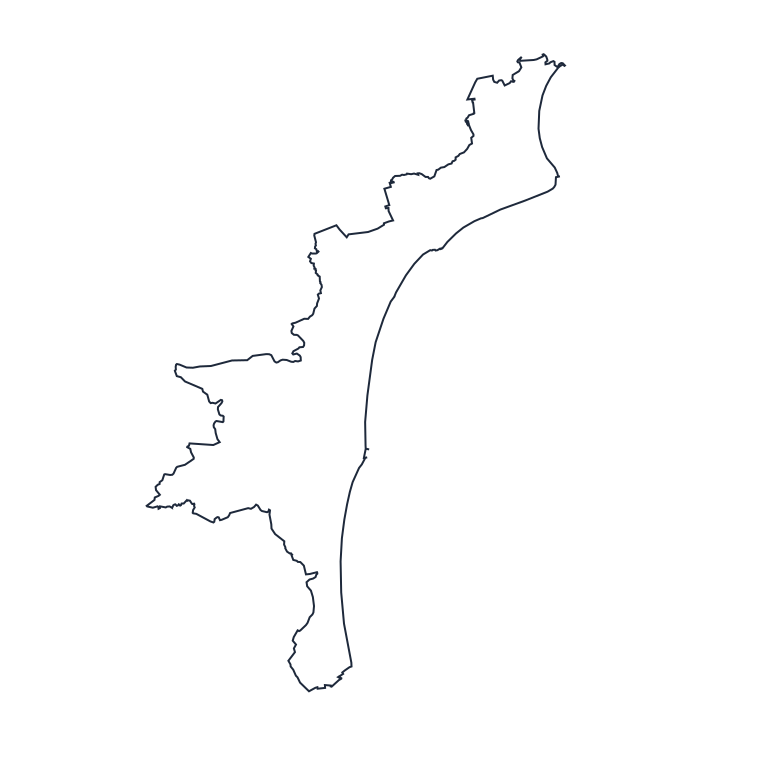 the district of Alvarado, Veracruz, Mexico, rotated 74°
{"feature_id": "50627088B94546809143043", "entity_name": "Alvarado", "entity_type": "district", "adm_level": 2, "iso_a3": "MEX", "parent_name": "Mexico", "parent_adm1": "Veracruz", "projection": "mercator", "projection_center": [-95.869, 18.829], "detail": "fine", "context": "isolated", "style": "outline", "palette": "slate", "viewbox_px": 768, "rotation_deg": 74, "n_neighbors": 0, "source": "geoboundaries", "source_scale": "gbopen_adm2", "svg_char_len": 6165}
<svg xmlns="http://www.w3.org/2000/svg" viewBox="0 0 768 768"><g transform="rotate(74 384 384)"><path d="M435.7,645.7L436.4,645.4L439.2,640.3L439.2,635.3L439.9,634.8L441.8,635.1L441.5,633.6L439.9,633.0L442.5,627.8L442.1,626.2L442.6,623.8L444.3,622.2L443.9,622.2L444.1,621.3L442.5,620.0L442.1,618.7L442.2,617.7L444.0,616.8L443.9,615.6L443.1,614.4L444.7,613.5L444.5,612.6L443.1,611.5L443.7,609.5L441.3,605.5L442.0,605.2L441.8,604.4L442.7,602.7L446.1,601.7L446.6,601.2L446.7,599.5L447.4,599.4L448.8,600.2L450.5,600.0L452.5,602.2L455.1,603.4L455.7,603.1L457.1,600.2L468.3,588.7L470.1,586.1L469.6,585.1L467.2,584.0L466.2,581.6L466.1,580.5L466.7,579.6L469.7,579.2L469.8,577.5L469.0,570.9L467.6,569.1L465.6,567.5L465.9,548.8L467.3,546.3L466.4,542.8L464.7,540.2L466.1,538.8L471.1,537.4L472.5,536.3L475.0,531.8L474.8,530.4L473.1,529.2L474.0,528.4L478.0,530.1L487.8,531.0L492.0,532.0L498.3,530.0L507.7,523.2L510.8,524.3L513.8,523.8L514.7,524.2L518.4,523.4L520.9,521.3L521.1,520.1L522.7,519.4L522.9,520.1L528.1,519.7L529.9,516.6L531.2,515.9L532.1,513.5L536.5,511.1L545.5,511.5L546.2,507.6L546.4,500.3L547.3,500.2L548.0,500.4L548.5,501.5L550.7,503.0L551.5,505.8L551.4,509.5L553.2,513.1L557.3,513.6L562.5,511.2L569.2,511.1L578.2,512.5L584.1,514.8L585.8,516.3L587.7,519.7L592.5,523.3L594.2,525.4L597.9,532.5L598.1,533.8L597.0,534.9L602.4,540.5L605.6,542.5L610.2,540.4L613.3,543.5L617.2,543.5L623.7,552.2L627.8,551.2L629.8,551.6L633.6,550.0L640.1,549.1L642.1,548.0L647.9,547.0L658.7,540.8L657.1,533.7L657.1,531.6L658.6,531.8L659.9,524.4L657.1,523.8L659.2,518.3L660.0,518.6L660.5,517.8L656.2,509.0L655.5,506.3L655.1,506.1L653.1,507.9L653.7,508.3L653.1,508.9L651.4,503.2L649.8,503.6L648.5,500.5L646.7,495.2L646.6,493.1L642.9,492.2L603.3,488.5L572.6,482.6L542.5,474.6L520.7,467.0L503.4,459.5L489.4,452.6L478.2,446.5L469.7,441.2L457.8,431.1L455.2,427.5L449.8,422.3L449.9,420.4L449.5,423.7L441.2,419.4L442.8,416.3L441.1,419.4L438.1,418.7L415.3,412.6L390.4,403.1L357.5,388.7L341.5,380.5L321.1,366.5L306.6,354.8L303.5,350.7L304.1,350.1L303.4,350.6L303.1,350.3L303.8,349.6L303.0,350.1L299.3,347.2L285.6,333.0L276.8,321.7L270.3,310.8L268.1,302.7L268.9,301.1L268.5,300.3L269.0,298.0L269.9,297.6L270.1,295.8L269.3,292.8L269.9,292.6L269.9,291.5L269.3,290.6L269.6,290.3L264.9,283.9L259.1,273.2L255.5,264.6L252.4,252.2L251.5,245.1L251.7,243.4L248.4,224.1L246.6,198.0L244.2,173.7L242.7,167.9L241.5,166.0L239.7,164.2L232.6,161.7L232.9,157.7L232.5,159.4L228.9,159.3L223.0,160.2L212.0,165.2L199.8,166.7L190.6,166.5L181.2,165.1L164.3,159.5L150.3,152.1L142.1,145.9L135.1,139.1L128.0,129.4L126.9,127.0L126.2,123.9L127.9,122.9L127.7,122.3L124.9,123.8L124.3,125.2L124.8,127.2L127.2,129.9L124.4,132.1L121.3,131.3L120.3,132.2L120.6,135.3L121.4,136.8L121.2,140.6L119.3,140.2L118.3,137.8L117.0,137.6L113.9,137.8L111.0,139.6L111.1,140.7L111.7,140.7L112.1,139.7L112.9,141.0L114.0,147.8L113.8,150.8L110.9,163.9L109.5,164.0L107.5,161.5L109.5,165.8L110.6,166.9L111.6,166.7L112.3,165.2L117.5,164.7L120.5,168.0L122.4,175.1L125.5,176.3L127.7,176.0L128.6,175.1L129.2,175.6L129.2,176.5L128.0,178.4L129.4,180.3L130.3,185.7L125.0,186.7L124.3,187.5L124.0,189.7L125.6,192.2L124.0,194.7L121.5,195.2L117.6,194.5L116.3,210.2L119.2,213.2L133.5,225.4L134.7,218.4L135.5,218.5L135.2,221.1L137.8,221.2L138.0,220.8L148.4,222.5L148.4,223.1L149.0,223.3L149.1,228.2L151.0,230.2L151.5,231.7L153.1,232.3L153.1,233.1L154.2,233.1L154.2,231.0L154.6,230.7L155.9,230.8L156.0,232.4L156.7,232.4L156.6,231.2L157.1,230.8L158.0,230.9L157.9,232.1L158.6,232.0L159.0,230.9L163.9,230.4L168.7,229.2L170.2,229.6L171.4,232.3L177.1,233.1L177.8,236.1L180.9,239.2L183.4,243.3L183.8,247.8L185.2,249.6L185.9,252.7L188.1,253.3L188.8,254.9L188.8,256.7L190.7,258.3L190.6,261.6L192.1,266.2L191.7,269.7L192.9,272.7L192.8,274.5L198.3,278.4L199.4,283.0L198.6,284.1L197.1,284.6L196.4,287.0L192.6,289.9L191.1,292.0L190.8,293.5L192.3,293.5L190.0,297.1L189.8,300.1L188.1,303.9L188.7,304.4L188.6,307.2L187.8,308.9L188.3,311.2L187.1,316.0L188.2,318.4L189.8,320.0L190.1,321.1L191.1,321.4L192.3,319.1L192.9,319.1L192.8,321.9L192.1,321.9L192.1,323.1L196.4,323.1L196.4,329.8L213.5,329.6L213.7,333.8L215.6,333.8L216.0,331.2L219.1,331.9L229.3,330.2L229.1,334.5L229.5,339.8L230.9,340.1L232.9,347.3L233.5,357.4L230.4,376.8L232.7,379.4L223.3,384.1L218.3,386.0L220.5,409.4L222.0,410.1L229.0,410.3L230.4,411.2L232.1,411.3L232.8,412.3L234.5,413.0L235.8,411.9L238.3,412.0L238.1,410.8L238.7,410.5L239.8,412.7L239.8,413.6L238.7,417.3L237.9,418.2L241.0,421.7L243.5,419.8L245.7,421.3L247.7,420.5L248.9,418.2L250.9,419.0L252.9,418.6L253.9,419.2L254.5,418.1L255.5,418.5L256.0,418.0L258.4,419.0L260.5,417.6L261.3,417.8L263.0,416.2L267.7,417.3L268.6,416.9L269.3,417.5L271.4,416.7L273.7,417.0L276.5,419.4L279.3,419.6L279.2,421.8L279.9,423.0L283.9,422.9L288.1,426.1L290.5,427.0L292.3,430.0L297.0,432.7L298.1,434.1L298.8,436.6L300.5,439.0L299.3,442.7L300.7,452.2L300.5,455.4L300.9,456.2L303.7,455.2L307.5,458.4L309.6,458.6L311.9,457.0L312.7,454.4L313.6,453.3L320.4,449.7L322.4,449.3L324.9,450.2L326.1,451.6L325.4,455.2L326.3,456.5L327.5,462.0L329.3,463.7L330.6,463.1L330.7,459.4L333.5,457.1L335.2,456.7L338.5,457.5L338.6,460.4L337.4,463.1L337.8,465.1L337.0,467.1L334.1,470.9L332.7,474.7L332.8,477.0L333.8,480.0L333.7,481.6L332.1,483.0L325.2,484.4L323.7,486.2L322.8,489.0L320.8,502.5L323.4,508.9L319.5,523.6L319.0,545.4L316.4,556.1L315.7,563.2L313.7,569.3L309.0,575.2L307.7,577.6L308.1,578.5L310.0,579.5L312.8,580.1L313.6,581.4L319.3,581.0L321.5,577.4L326.7,574.6L338.6,560.0L341.4,560.1L345.6,556.8L352.6,556.9L354.6,555.9L354.8,554.0L356.3,551.3L354.3,545.2L355.0,544.1L356.2,544.2L357.6,545.5L360.4,549.9L362.6,550.7L367.9,550.6L369.2,549.7L370.1,547.7L371.1,547.1L375.8,548.7L376.2,549.5L373.4,555.2L373.6,556.3L375.1,558.2L376.7,559.2L378.6,559.5L380.9,558.7L384.7,559.3L391.1,559.3L394.6,558.0L395.6,564.9L387.5,587.3L389.6,588.5L390.0,590.3L390.5,590.6L392.9,588.1L396.5,588.3L402.2,587.1L403.5,587.6L406.8,597.6L406.6,605.6L407.2,606.8L412.1,611.0L412.9,612.5L412.5,614.7L410.3,619.3L410.4,620.2L415.4,623.6L416.5,626.7L418.3,627.3L418.5,629.3L419.9,631.9L423.2,632.4L428.7,630.0L429.4,631.6L429.9,635.6L432.2,636.6L435.7,645.7Z" fill="none" stroke="#1e293b" stroke-width="2"/></g></svg>